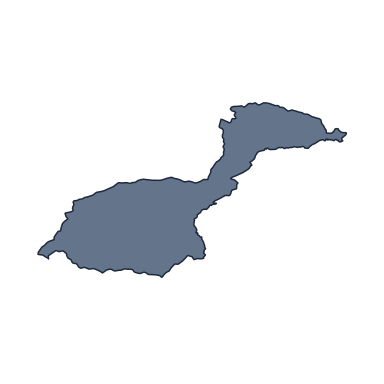 Pueblorrico, Antioquia, Colombia (Robinson projection), rotated 83°
{"feature_id": "7082276B28437214544786", "entity_name": "Pueblorrico", "entity_type": "district", "adm_level": 2, "iso_a3": "COL", "parent_name": "Colombia", "parent_adm1": "Antioquia", "projection": "robinson", "projection_center": [-75.868, 5.82], "detail": "fine", "context": "isolated", "style": "filled", "palette": "slate", "viewbox_px": 384, "rotation_deg": 83, "n_neighbors": 0, "source": "geoboundaries", "source_scale": "gbopen_adm2", "svg_char_len": 6041}
<svg xmlns="http://www.w3.org/2000/svg" viewBox="0 0 384 384"><g transform="rotate(83 192 192)"><path d="M159.6,36.2L158.1,36.9L157.0,36.8L156.6,36.5L154.3,32.9L153.6,32.1L152.9,31.8L152.3,31.7L151.9,31.9L151.3,35.6L150.7,36.7L148.8,38.6L147.3,39.1L146.8,40.0L146.8,41.7L146.9,42.2L147.2,42.6L148.6,43.4L150.2,45.5L150.5,46.1L150.6,47.7L149.9,51.1L149.7,51.3L149.2,51.4L147.0,51.4L144.6,52.6L142.2,53.4L140.0,54.9L136.2,55.3L135.5,55.9L134.6,57.1L133.8,59.3L132.5,62.0L132.1,63.5L129.2,67.2L128.8,68.4L128.3,71.1L126.6,73.3L125.6,76.5L124.2,79.2L123.9,80.5L122.8,82.6L122.9,83.8L123.4,86.0L123.2,87.2L119.9,90.3L118.9,92.2L118.7,94.2L118.5,94.5L117.1,95.6L116.7,96.3L116.4,98.9L113.6,104.4L112.5,108.0L112.3,110.0L112.4,110.7L113.5,113.5L113.7,114.7L113.6,115.5L113.3,116.1L111.3,118.1L111.3,119.2L111.8,120.9L111.1,124.0L111.3,125.3L113.7,128.8L113.9,129.6L113.8,130.3L112.5,132.6L112.6,134.9L112.2,140.4L112.5,142.1L113.6,143.4L114.6,143.7L116.2,142.5L117.7,139.6L118.3,139.0L118.7,138.9L119.4,139.7L120.3,140.5L120.8,140.6L121.3,140.6L123.0,139.6L124.1,139.5L124.4,139.9L124.6,140.6L124.1,142.4L124.3,143.2L125.2,143.9L126.9,144.6L127.6,145.5L128.0,146.2L127.9,146.6L126.9,147.8L126.3,149.0L124.0,152.7L123.4,154.3L130.3,157.1L131.0,156.9L131.7,156.2L133.0,154.3L133.8,153.6L134.4,153.3L135.7,153.7L137.0,153.6L138.9,154.7L140.4,155.1L142.0,154.9L143.1,154.1L144.4,154.2L145.8,154.6L146.2,154.6L147.6,153.9L148.1,153.9L148.8,154.1L150.4,155.5L150.9,155.6L151.7,155.4L152.7,154.9L153.3,154.9L154.4,155.0L156.4,155.9L157.7,155.9L158.9,156.1L159.7,156.6L161.6,159.2L163.0,160.0L164.5,162.4L165.1,163.8L165.9,164.8L167.6,166.2L168.8,167.4L170.2,168.4L171.7,170.2L172.3,170.6L174.9,171.0L179.1,173.9L181.4,174.7L181.4,176.7L181.0,178.4L181.2,179.3L182.6,182.7L183.4,185.9L183.5,187.2L183.3,188.1L181.6,191.5L181.1,193.1L180.8,194.8L181.1,196.2L180.9,198.4L180.6,199.2L178.8,201.8L177.5,204.5L176.2,208.2L175.1,210.1L174.9,210.8L175.3,215.0L176.1,218.6L176.5,221.6L176.4,223.4L175.5,230.1L173.4,238.7L173.5,240.9L174.0,244.2L175.1,246.2L175.5,247.5L175.4,250.0L175.9,252.4L175.8,252.9L174.8,255.5L174.5,260.6L173.9,263.0L174.0,264.3L177.1,269.5L180.0,279.0L180.4,281.1L180.7,286.6L181.2,287.8L182.4,289.5L183.2,291.4L184.1,296.2L184.4,299.2L185.6,302.1L185.5,304.3L185.7,305.5L186.3,306.5L186.4,307.5L186.3,309.5L186.5,310.3L186.7,310.7L187.6,311.2L189.1,310.9L190.4,310.9L192.1,312.0L193.3,312.5L194.0,312.6L195.2,312.1L195.9,312.2L196.9,314.1L197.5,320.3L198.1,320.6L200.5,320.1L201.5,319.8L203.0,318.7L203.7,318.7L205.6,322.1L207.1,323.9L207.9,324.6L212.4,326.5L214.3,327.0L214.5,327.2L214.8,329.5L215.1,330.0L219.4,333.9L220.7,334.5L222.2,334.6L222.5,334.9L223.5,339.4L224.0,340.9L224.8,342.3L227.1,345.1L228.5,347.8L232.9,351.7L234.0,352.2L235.1,352.3L235.8,350.3L236.2,348.3L236.8,347.3L239.2,344.5L239.6,343.3L240.4,343.0L240.7,342.8L240.8,342.6L240.2,342.4L239.0,342.6L237.6,342.1L233.9,335.0L233.7,334.0L233.8,333.2L234.9,331.7L235.0,331.0L234.7,328.4L234.8,327.4L235.3,326.6L237.6,324.4L238.2,324.1L239.9,324.1L242.4,323.2L244.5,320.4L245.2,320.1L247.2,319.5L248.0,318.8L248.5,317.7L249.0,315.7L249.6,315.1L252.7,313.6L253.5,312.7L254.1,311.6L253.7,309.0L253.8,308.0L254.0,307.2L256.0,303.6L256.0,299.6L256.1,298.6L258.9,293.8L261.4,290.6L259.1,286.5L258.8,285.3L258.7,282.6L258.9,281.5L260.5,279.3L261.0,278.0L260.8,273.8L261.0,272.0L260.1,268.4L260.7,265.7L261.1,262.7L261.6,261.0L262.3,260.1L263.6,259.5L264.5,258.8L266.1,255.3L266.6,253.3L265.9,250.5L265.8,249.3L266.1,248.3L267.1,246.8L268.1,246.0L268.5,245.4L269.7,238.5L270.8,234.8L271.4,233.8L272.8,232.7L272.9,232.3L272.8,232.0L272.2,231.3L270.4,229.6L269.3,228.3L268.5,226.9L267.7,224.4L264.7,221.9L261.6,218.1L261.5,217.5L261.6,216.6L262.0,214.8L261.1,212.9L259.4,209.9L256.8,206.6L254.8,204.4L254.6,204.1L254.6,203.7L256.3,199.8L258.0,199.0L259.3,198.2L258.7,194.4L259.4,191.9L259.4,190.5L259.2,188.6L258.6,188.7L258.1,188.4L256.3,186.5L255.8,186.5L254.2,187.9L253.9,188.0L253.3,187.8L252.8,187.2L251.9,187.3L251.1,187.0L250.3,185.8L249.8,185.5L248.4,186.1L246.2,186.0L244.9,186.5L243.5,186.6L241.9,187.3L241.3,187.4L240.4,188.0L237.9,187.9L237.8,188.0L237.9,188.6L237.6,189.3L236.2,190.1L235.2,191.5L234.8,191.7L234.2,191.9L233.7,191.3L233.4,191.5L233.0,192.0L233.0,192.8L232.8,192.9L232.0,192.8L230.9,192.0L230.4,191.9L228.7,192.2L226.0,193.8L225.0,194.1L224.0,194.1L220.5,193.0L219.3,193.1L218.8,192.6L218.2,191.0L217.8,190.4L216.8,189.8L215.5,189.6L215.1,189.3L214.7,188.3L214.0,187.4L213.4,186.0L212.0,185.3L211.2,184.3L210.5,182.8L210.9,179.5L208.8,176.9L207.8,176.3L207.3,175.5L207.2,175.1L207.6,174.4L206.9,173.6L206.8,170.5L206.5,169.3L206.3,169.3L206.1,169.4L205.8,170.9L205.4,171.7L205.0,172.2L204.8,172.1L203.4,170.0L202.4,166.7L199.9,160.5L199.6,159.6L199.6,158.1L200.1,155.8L199.8,154.9L198.8,154.0L195.3,152.5L194.7,150.4L194.3,147.7L193.6,147.2L191.7,147.0L189.9,146.6L189.3,145.8L188.9,145.5L188.3,145.5L187.6,146.3L186.4,147.2L185.1,148.4L183.9,151.6L183.3,151.8L182.9,151.7L182.5,150.9L181.8,148.8L181.3,146.6L178.9,139.1L177.6,136.2L175.9,132.9L175.1,132.0L173.1,130.6L173.0,129.7L172.6,129.4L171.8,129.6L170.0,130.7L169.4,130.7L168.8,129.1L166.8,126.2L165.5,125.3L163.7,124.7L162.6,123.6L161.5,122.9L160.3,121.4L159.7,119.7L159.4,115.3L158.6,114.4L157.9,114.2L157.9,113.4L158.2,113.3L158.4,112.7L157.8,112.2L157.7,111.5L158.1,110.9L158.9,110.3L159.4,109.3L159.8,104.6L159.6,103.1L158.6,101.2L158.4,100.1L158.8,99.1L158.7,97.5L159.0,96.5L160.0,95.2L160.1,94.7L160.1,94.3L159.5,93.3L159.7,92.8L159.7,91.8L160.0,91.4L160.1,90.7L159.7,89.7L160.0,87.5L159.5,84.8L160.6,81.8L160.2,80.3L160.7,79.4L160.4,77.6L160.4,76.0L161.0,75.2L162.1,74.7L162.7,72.3L162.7,71.2L161.4,69.8L159.5,66.7L159.0,64.4L156.4,59.0L156.0,55.7L156.3,55.2L157.2,54.4L157.3,53.6L156.9,53.0L156.0,52.9L155.8,51.8L156.2,51.2L156.7,51.2L157.0,50.8L156.6,49.9L156.6,49.2L157.2,48.5L157.3,46.9L158.3,45.1L158.2,44.4L157.4,43.6L157.3,42.7L157.5,42.3L158.6,41.4L158.7,40.6L158.9,40.4L159.9,40.0L160.2,39.5L160.3,37.9L159.6,36.2Z" fill="#64748b" stroke="#1e293b" stroke-width="1.5"/></g></svg>